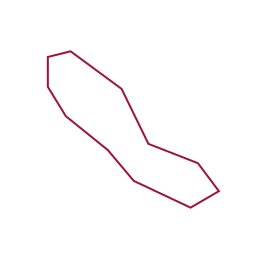 the border of Spanish Wells, rotated 244°
{"feature_id": "BHS-5025", "entity_name": "Spanish Wells", "entity_type": "District", "adm_level": 1, "iso_a3": "BHS", "parent_name": "The Bahamas", "parent_adm1": "", "projection": "equal_earth", "projection_center": [-76.84, 25.52], "detail": "fine", "context": "isolated", "style": "outline", "palette": "rose", "viewbox_px": 256, "rotation_deg": 244, "n_neighbors": 0, "source": "natural_earth", "source_scale": "10m", "svg_char_len": 302}
<svg xmlns="http://www.w3.org/2000/svg" viewBox="0 0 256 256"><g transform="rotate(244 128 128)"><path d="M165.9,77.3L200.1,74.0L227.0,87.1L222.1,110.0L165.9,139.4L104.8,139.4L65.7,175.4L31.4,182.0L29.0,149.3L77.9,110.0L117.0,100.2L165.9,77.3Z" fill="none" stroke="#9f1239" stroke-width="2"/></g></svg>